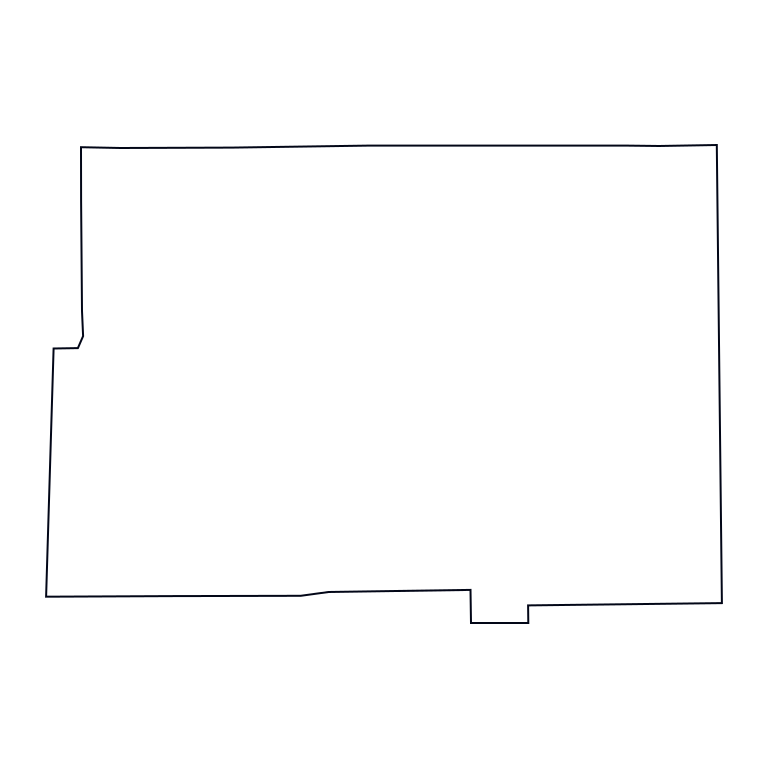 McKean, Pennsylvania, United States of America
{"feature_id": "52423323B34391265633420", "entity_name": "McKean", "entity_type": "district", "adm_level": 2, "iso_a3": "USA", "parent_name": "United States of America", "parent_adm1": "Pennsylvania", "projection": "albers", "projection_center": [-78.629, 41.801], "detail": "fine", "context": "isolated", "style": "outline", "palette": "ink", "viewbox_px": 768, "rotation_deg": 0, "n_neighbors": 0, "source": "geoboundaries", "source_scale": "gbopen_adm2", "svg_char_len": 384}
<svg xmlns="http://www.w3.org/2000/svg" viewBox="0 0 768 768"><path d="M716.8,145.0L659.1,146.0L626.2,145.6L368.6,145.6L232.0,147.6L120.4,148.0L81.0,147.2L81.1,201.5L82.0,311.0L83.1,336.1L77.9,348.1L53.6,348.5L46.1,596.7L172.0,596.1L300.7,595.8L328.5,592.0L470.5,589.9L471.0,623.0L528.3,623.0L528.1,605.4L721.9,603.1L716.8,145.0Z" fill="none" stroke="#020617" stroke-width="2"/></svg>